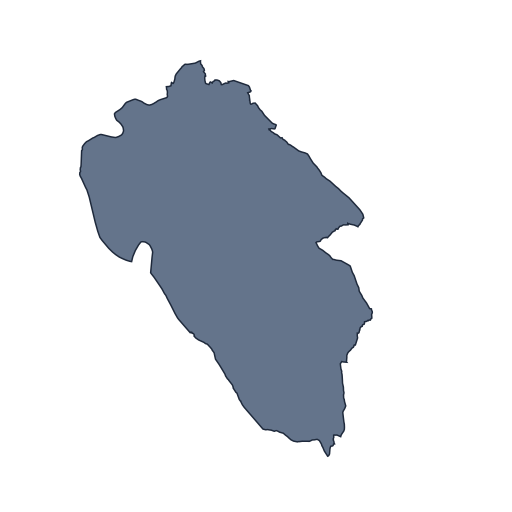 Våler nor, Østfold, Norway (Robinson projection), rotated 51°
{"feature_id": "86288312B88858527960319", "entity_name": "Våler nor", "entity_type": "district", "adm_level": 2, "iso_a3": "NOR", "parent_name": "Norway", "parent_adm1": "Østfold", "projection": "robinson", "projection_center": [10.969, 59.464], "detail": "fine", "context": "isolated", "style": "filled", "palette": "slate", "viewbox_px": 512, "rotation_deg": 51, "n_neighbors": 0, "source": "geoboundaries", "source_scale": "gbopen_adm2", "svg_char_len": 6006}
<svg xmlns="http://www.w3.org/2000/svg" viewBox="0 0 512 512"><g transform="rotate(51 256 256)"><path d="M68.0,212.4L68.1,212.7L70.2,215.0L69.4,217.1L68.0,219.1L69.3,219.9L70.0,220.5L71.7,220.9L73.5,222.2L74.4,223.2L76.2,224.2L76.7,225.3L76.6,226.1L74.3,232.0L73.8,233.7L73.6,234.8L73.5,236.8L73.3,237.8L73.2,239.2L72.6,241.8L71.6,244.0L69.7,245.5L66.6,246.9L64.6,247.4L63.1,248.1L61.0,249.4L58.8,250.6L58.0,251.3L57.3,252.8L55.1,259.9L55.2,261.5L56.5,266.5L56.6,269.4L56.0,275.0L56.5,276.6L58.6,277.8L60.9,278.5L62.9,278.8L65.9,278.1L68.6,277.9L71.7,278.2L72.8,278.6L74.9,279.8L75.6,280.4L76.8,282.4L77.3,284.3L76.7,287.6L75.7,290.4L74.7,291.4L72.4,293.5L64.5,299.5L63.9,300.1L63.5,300.8L62.6,303.3L62.0,307.4L61.6,308.4L61.0,313.5L60.5,315.8L60.8,318.4L61.6,321.5L62.2,322.6L64.1,324.0L64.4,325.2L74.8,334.3L76.5,335.9L76.8,336.8L77.5,337.5L78.3,338.3L79.7,339.0L80.0,339.4L80.3,340.4L81.7,341.7L83.2,342.3L86.0,342.8L95.6,345.3L98.2,345.8L105.2,348.5L128.6,359.7L137.2,363.4L143.3,365.6L146.9,365.8L157.3,365.6L162.6,365.0L166.5,364.2L170.8,362.9L174.2,361.3L177.6,359.5L180.7,357.4L182.1,356.2L179.0,352.2L175.8,346.3L173.5,340.3L172.7,336.8L172.9,336.0L173.6,335.0L175.3,333.4L176.3,332.9L179.8,331.8L181.1,331.8L185.0,332.6L187.1,333.4L188.1,334.0L191.6,337.6L202.7,348.4L203.8,348.5L208.4,348.6L218.2,349.4L222.5,349.8L227.8,350.8L229.8,350.8L233.3,351.7L240.7,353.1L249.7,355.1L254.5,355.9L256.6,356.0L274.2,355.4L274.2,354.4L275.0,354.4L275.2,353.9L276.0,354.2L276.8,353.5L278.0,353.5L278.8,353.8L279.1,354.5L281.8,354.4L285.2,353.4L290.4,350.8L292.2,350.4L293.9,349.3L298.5,349.0L300.8,349.0L301.5,349.3L304.7,349.4L310.7,352.4L317.1,352.9L326.6,354.2L328.4,354.5L330.0,355.1L333.6,355.5L334.8,355.2L335.3,355.4L341.3,355.5L343.7,356.3L344.1,356.8L349.3,357.4L350.6,357.1L357.0,359.3L359.1,359.4L359.2,359.2L360.2,359.6L363.0,360.2L366.2,360.4L394.9,359.5L397.2,357.8L398.1,356.3L400.4,354.3L400.7,353.9L403.7,352.1L404.4,350.2L405.6,349.4L407.8,348.5L410.9,346.3L413.8,345.8L416.5,345.1L417.3,345.1L420.8,344.5L423.5,343.3L426.5,340.8L426.8,340.0L427.3,339.5L429.1,336.6L433.7,331.0L434.4,328.0L435.7,326.2L436.6,324.4L437.2,323.7L439.3,322.9L443.3,323.5L445.0,324.2L446.8,324.5L450.5,325.6L456.7,326.3L456.9,325.6L456.8,324.9L456.1,323.4L452.4,319.9L451.5,318.7L450.9,317.6L451.7,316.2L451.8,315.5L451.4,314.8L451.3,314.2L451.0,314.0L451.4,313.2L450.7,313.1L449.1,312.2L447.5,311.7L447.4,311.4L446.6,310.9L446.0,309.8L444.1,308.4L444.4,307.8L445.6,306.5L446.0,305.8L449.7,303.9L448.9,302.8L448.3,301.4L447.3,298.0L446.3,296.4L444.7,295.0L442.3,293.2L440.2,292.1L432.3,287.1L431.5,286.0L430.4,283.1L429.0,280.6L424.8,278.8L423.0,277.7L421.6,277.3L418.9,275.3L418.5,274.6L417.5,273.6L415.7,272.7L412.9,270.6L409.3,268.8L406.9,267.0L403.7,264.7L401.9,263.5L400.8,263.1L399.5,261.9L397.1,261.0L392.8,258.3L392.0,255.7L393.0,255.1L395.6,252.4L395.3,252.4L391.7,249.0L390.7,248.3L390.2,247.7L389.1,245.7L388.8,244.6L388.6,242.4L388.7,242.1L388.1,239.9L388.0,238.9L388.2,237.9L387.9,237.0L387.5,236.6L387.0,235.6L387.7,234.8L383.6,228.6L381.7,227.5L379.7,225.8L380.3,225.3L380.4,224.2L379.4,223.0L378.9,222.0L378.4,221.8L378.2,221.1L377.8,220.9L377.4,220.3L377.1,219.2L377.3,218.5L377.2,218.1L377.5,217.7L376.6,216.5L376.7,215.6L377.1,215.0L376.6,214.1L375.4,213.0L376.4,211.2L376.5,209.9L376.8,209.7L376.6,209.4L376.9,209.2L377.0,208.3L377.8,207.5L377.7,207.2L377.2,206.6L377.2,206.2L377.3,205.3L376.6,204.6L374.4,203.1L373.7,202.2L373.4,201.4L372.1,200.5L370.9,200.3L369.7,199.6L368.4,200.8L362.2,199.7L355.8,199.4L353.2,198.6L349.3,198.1L348.1,197.8L345.3,196.1L341.4,195.2L333.1,192.1L329.3,191.4L323.1,189.1L321.7,189.5L313.2,192.9L309.8,196.2L307.5,197.8L307.0,198.5L304.3,198.7L302.3,198.5L300.6,198.8L297.3,199.8L293.5,200.6L289.6,202.1L287.1,201.8L283.3,200.9L283.3,199.9L283.5,199.5L284.8,197.3L284.9,196.6L284.2,195.0L284.3,194.4L284.2,193.0L284.8,191.3L285.4,190.6L285.6,189.7L286.6,189.3L286.8,188.9L286.5,187.5L286.2,184.6L285.9,183.6L285.8,182.8L285.6,182.3L285.5,181.4L285.8,180.2L285.8,179.5L286.1,178.5L285.5,178.0L285.6,177.2L285.3,176.5L286.3,176.0L286.7,175.5L286.6,175.0L286.2,174.7L285.7,172.2L285.8,171.8L286.4,171.0L286.8,168.4L288.1,167.0L289.6,164.9L288.7,164.5L288.4,164.2L289.4,164.0L289.5,163.9L289.3,163.5L290.8,162.6L293.7,160.2L297.0,158.5L297.4,158.4L296.9,157.2L296.8,155.3L296.5,155.0L295.1,150.7L294.2,149.8L294.2,148.3L290.8,146.7L285.5,146.2L269.3,147.1L261.8,148.7L258.9,149.2L255.5,149.5L252.0,150.3L244.4,151.4L240.1,152.8L237.9,153.1L234.8,154.0L232.2,153.2L228.9,152.8L226.3,152.8L225.2,152.6L219.7,153.1L214.6,152.5L211.6,152.0L209.1,151.8L206.6,153.1L203.7,155.2L201.1,156.7L194.6,158.4L193.8,158.9L193.0,158.9L190.5,159.8L189.7,160.6L186.6,160.4L184.7,160.8L184.0,160.8L182.7,161.5L182.0,161.6L180.5,161.3L180.0,162.2L179.5,162.7L175.3,163.3L174.5,163.6L173.5,164.4L172.7,164.5L172.5,164.8L171.3,164.9L168.6,165.9L167.0,165.8L166.4,166.4L165.4,166.1L166.2,164.8L166.7,163.7L168.8,161.8L169.0,161.1L167.0,157.9L166.4,157.9L164.3,159.2L162.9,159.8L152.0,160.9L147.2,160.4L145.1,160.8L142.2,160.7L140.2,160.2L136.6,160.4L135.4,162.2L135.1,164.0L134.5,164.6L133.5,164.3L131.8,163.2L130.8,162.9L130.8,162.6L128.3,161.1L127.2,160.3L123.9,159.7L124.9,157.1L124.9,156.7L124.5,155.9L123.8,156.0L120.6,154.8L118.8,154.7L105.6,162.9L103.6,167.1L102.9,167.8L104.2,168.2L103.4,170.0L102.6,170.5L102.1,172.0L101.6,174.3L101.0,175.1L99.0,174.2L96.7,174.3L95.0,175.3L94.1,176.2L93.9,176.7L93.4,177.0L93.7,178.1L93.4,179.6L94.0,181.2L92.5,181.6L92.0,182.0L92.3,183.1L93.1,184.7L90.7,186.3L90.1,186.5L87.5,185.3L85.3,183.8L84.4,182.8L84.2,182.6L84.5,182.3L84.5,181.8L83.6,181.6L82.7,180.8L79.7,180.8L79.3,179.3L78.7,179.0L77.5,178.5L75.2,178.6L74.6,178.2L73.6,178.0L71.9,178.1L69.9,176.8L69.4,176.3L68.8,177.5L67.9,181.8L64.5,187.8L63.6,189.1L62.6,190.1L62.2,191.0L62.4,192.5L62.3,194.1L62.9,195.8L62.9,196.5L64.3,203.3L65.2,205.3L65.9,206.2L67.3,207.6L69.1,210.1L69.7,211.4L69.8,211.7L69.5,212.0L68.0,212.4Z" fill="#64748b" stroke="#1e293b" stroke-width="1.5"/></g></svg>